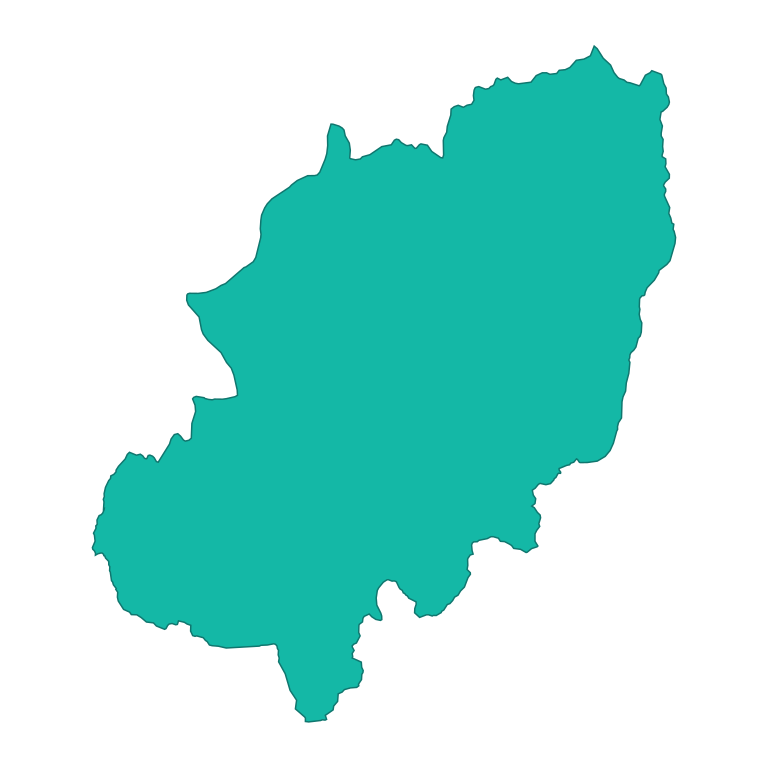 Güicán, Boyacá, Colombia
{"feature_id": "7082276B71833607735517", "entity_name": "Güicán", "entity_type": "district", "adm_level": 2, "iso_a3": "COL", "parent_name": "Colombia", "parent_adm1": "Boyacá", "projection": "albers", "projection_center": [-72.306, 6.561], "detail": "fine", "context": "isolated", "style": "filled", "palette": "teal", "viewbox_px": 768, "rotation_deg": 0, "n_neighbors": 0, "source": "geoboundaries", "source_scale": "gbopen_adm2", "svg_char_len": 6056}
<svg xmlns="http://www.w3.org/2000/svg" viewBox="0 0 768 768"><path d="M331.0,124.1L327.5,136.0L327.7,145.6L326.8,153.6L325.1,159.4L319.8,172.2L317.2,175.0L314.6,175.6L307.7,175.7L297.3,180.5L291.5,185.0L289.5,187.2L272.0,198.8L267.3,203.8L264.7,207.9L261.6,215.1L260.9,219.9L260.3,228.9L261.0,234.2L260.7,237.7L255.8,257.4L253.3,261.7L246.0,266.9L244.0,267.6L225.5,283.6L221.1,285.4L215.8,288.8L206.3,292.4L198.3,293.4L189.5,293.3L187.7,293.9L186.9,295.1L186.7,300.2L188.4,304.9L199.1,317.0L201.5,329.6L203.2,334.0L207.9,340.4L221.0,352.5L226.6,362.6L231.3,368.2L233.9,375.1L237.2,390.0L237.5,395.3L235.0,396.7L226.3,398.7L222.5,399.2L214.6,399.1L212.2,399.8L208.4,399.4L205.0,398.5L204.1,397.7L196.2,396.4L193.7,397.4L192.6,398.9L195.1,405.3L195.6,411.6L191.9,423.4L191.3,438.2L189.0,440.2L185.4,441.1L183.5,440.1L180.6,436.2L177.8,433.7L174.3,434.6L171.1,439.0L169.5,444.1L158.2,462.2L156.4,461.6L154.3,457.9L152.6,456.2L149.9,455.1L148.2,455.5L146.8,458.6L146.1,458.8L144.5,458.3L142.7,455.8L140.3,454.2L136.5,455.2L129.5,452.3L127.3,454.4L125.2,459.0L118.5,466.3L116.1,470.1L116.0,471.9L113.8,474.4L110.8,475.9L110.5,478.5L108.7,480.6L105.5,487.3L104.1,493.7L104.3,496.7L103.3,499.3L104.0,501.8L103.5,509.2L104.3,508.6L104.2,509.5L102.7,513.1L101.2,514.7L99.1,515.6L97.0,520.0L97.2,524.4L95.8,525.9L96.0,528.3L93.5,533.2L94.4,535.1L95.1,541.2L92.4,547.6L92.8,549.3L94.3,550.7L95.5,553.1L95.4,555.2L97.8,553.8L100.9,553.0L102.2,553.1L103.5,554.3L103.9,555.7L104.8,556.0L105.5,558.0L108.7,561.4L108.8,564.8L109.8,566.7L109.6,570.7L110.3,572.1L111.5,580.7L112.6,582.0L113.4,584.8L116.3,588.6L115.8,589.4L117.7,592.2L117.4,597.2L118.3,601.1L123.6,609.4L129.6,612.1L131.3,614.6L136.8,614.8L141.1,617.5L146.4,622.0L153.5,622.9L156.4,626.0L164.6,629.3L166.0,628.6L167.7,625.4L169.2,624.0L172.1,623.5L175.8,624.8L177.4,624.4L178.5,620.9L184.4,622.3L187.0,624.0L190.8,625.3L190.6,631.1L192.7,635.6L195.0,636.3L196.7,635.9L203.3,637.7L205.4,640.4L207.2,641.6L209.4,645.0L212.1,645.7L218.3,646.2L226.2,648.0L259.3,646.1L261.0,645.3L267.5,645.0L273.7,643.8L275.5,644.3L277.0,646.0L277.4,648.5L278.5,650.3L278.2,654.9L279.2,658.0L278.6,661.8L285.2,673.7L290.1,690.4L296.6,700.2L295.4,708.9L304.7,717.0L305.4,718.1L305.4,721.5L308.7,721.9L320.6,720.5L322.4,719.8L325.1,720.1L326.6,719.4L325.3,715.3L333.1,709.9L333.7,706.0L337.6,701.4L338.2,693.8L342.1,692.1L344.4,689.6L350.4,687.9L356.7,687.4L358.8,685.8L358.5,684.1L361.5,679.6L361.8,674.4L362.9,672.6L363.2,670.6L361.7,667.3L361.3,662.1L352.2,658.0L352.7,656.6L352.2,653.5L354.1,650.5L352.3,647.1L352.2,645.8L353.9,644.1L356.4,643.0L360.1,635.9L358.7,632.5L358.9,625.4L359.3,624.3L362.5,621.9L362.9,618.4L364.1,616.4L369.2,614.0L371.8,616.8L375.8,619.4L380.5,620.4L381.8,619.6L381.7,616.0L380.8,613.1L376.8,605.1L376.2,598.0L377.3,590.5L378.7,587.8L383.3,582.2L387.0,579.8L388.4,579.7L392.0,581.1L394.4,580.9L396.4,581.8L399.0,587.4L400.1,589.0L402.3,590.4L403.3,592.9L404.6,593.4L405.9,595.1L407.4,595.9L408.8,598.2L416.0,601.8L416.2,604.2L414.8,608.5L414.6,612.8L419.6,617.4L426.5,614.8L428.6,614.8L432.2,616.0L433.4,615.4L436.2,615.5L441.2,612.6L441.7,611.3L443.8,610.0L447.3,604.5L449.9,603.6L452.7,600.5L454.6,597.1L458.0,595.2L460.5,591.0L464.4,587.1L468.0,577.6L470.4,574.3L470.3,572.7L467.1,569.5L467.8,565.4L467.6,559.7L467.8,558.5L470.2,555.0L473.1,554.1L472.1,550.6L471.6,545.2L472.2,543.2L473.6,541.9L477.3,541.7L479.0,540.3L487.3,538.6L490.9,536.7L493.3,536.7L498.4,538.2L500.4,541.3L504.6,541.6L509.6,544.2L511.6,545.5L513.7,548.4L520.5,549.3L526.1,552.5L527.2,552.2L531.6,548.6L537.1,546.8L537.9,546.0L535.0,541.3L535.0,533.8L536.7,530.4L539.7,526.4L538.8,523.7L540.6,517.8L540.1,515.0L537.4,512.4L534.3,507.7L531.8,506.1L535.0,503.5L535.7,498.7L533.3,495.1L532.3,490.2L535.2,488.2L538.4,484.3L540.1,483.4L545.9,484.7L550.5,483.6L553.8,480.0L554.3,478.6L555.9,477.5L557.8,473.9L558.5,473.3L560.5,473.3L560.7,472.2L559.1,469.9L559.1,468.5L566.9,465.3L569.6,464.8L570.7,463.2L573.8,462.2L576.5,458.9L577.5,459.5L579.4,462.3L580.3,462.6L587.3,462.5L597.3,461.1L605.2,456.4L610.1,450.5L613.4,443.2L616.7,431.1L617.6,429.4L617.5,426.6L618.5,422.6L621.5,418.0L622.0,401.7L623.0,396.9L625.6,391.1L626.3,382.9L628.8,373.4L629.9,362.3L628.8,360.0L629.7,357.9L629.9,354.8L631.0,352.6L633.8,350.1L635.9,347.1L638.2,338.3L640.2,336.1L641.3,332.1L641.8,322.9L640.2,319.3L639.2,314.2L639.9,309.3L639.3,306.7L639.6,299.1L640.0,298.0L642.0,295.8L643.8,295.6L644.7,294.9L645.2,292.1L647.1,287.7L654.4,280.1L658.7,272.8L659.1,270.4L666.8,264.5L670.0,260.7L675.0,243.4L675.6,237.4L674.1,231.2L673.1,229.4L673.8,224.2L671.8,223.0L670.8,218.1L668.8,213.4L669.7,207.6L664.4,195.9L664.4,194.1L665.7,191.4L665.7,189.0L663.7,186.0L663.6,184.9L665.2,182.1L669.3,178.2L669.4,174.3L665.1,166.8L665.9,163.7L665.7,158.9L662.2,156.7L662.1,155.2L663.2,151.4L662.6,146.6L663.1,139.4L661.2,136.0L661.2,133.2L662.4,126.0L659.9,119.4L661.1,112.0L662.7,111.3L667.1,107.3L668.8,104.5L669.4,102.1L668.4,97.0L666.4,94.0L666.1,88.0L663.8,83.6L661.8,75.1L660.9,74.1L651.8,70.7L650.1,72.7L645.4,75.2L640.3,84.8L639.2,85.8L630.0,82.8L626.9,82.3L624.1,80.0L619.3,78.5L617.7,77.3L614.0,72.6L610.6,65.1L603.2,58.2L597.2,48.7L594.2,46.1L590.4,55.8L584.0,59.1L576.3,60.3L569.9,67.5L565.2,69.7L559.2,70.3L556.7,73.5L549.9,74.3L546.6,72.8L542.3,72.8L536.2,75.6L531.0,82.2L518.5,83.8L515.2,83.2L511.5,81.5L507.7,77.3L500.8,79.9L497.3,78.1L495.9,79.3L494.0,84.6L492.8,85.8L490.7,86.6L488.9,88.5L485.5,89.2L478.8,86.6L475.9,87.3L475.1,87.9L474.1,90.2L473.4,95.6L474.0,100.3L471.6,104.3L467.1,105.2L463.4,107.3L458.2,105.3L454.2,106.7L451.1,109.1L450.8,115.1L447.3,126.3L446.7,132.2L443.9,137.6L443.3,140.5L443.6,155.0L442.7,157.9L440.7,157.6L431.8,151.5L427.4,145.2L420.9,143.9L419.4,144.7L416.4,148.2L414.9,148.4L411.5,144.8L407.7,145.6L406.0,145.4L401.3,142.6L398.7,139.7L396.3,139.2L394.4,140.2L391.3,144.8L381.8,146.6L369.9,154.7L362.4,156.8L360.3,159.0L355.5,159.8L350.4,158.7L349.7,158.0L350.3,150.2L349.3,143.1L345.2,135.8L344.0,130.0L342.2,128.0L339.1,126.1L333.0,124.2L331.0,124.1Z" fill="#14b8a6" stroke="#0f766e" stroke-width="1.5"/></svg>